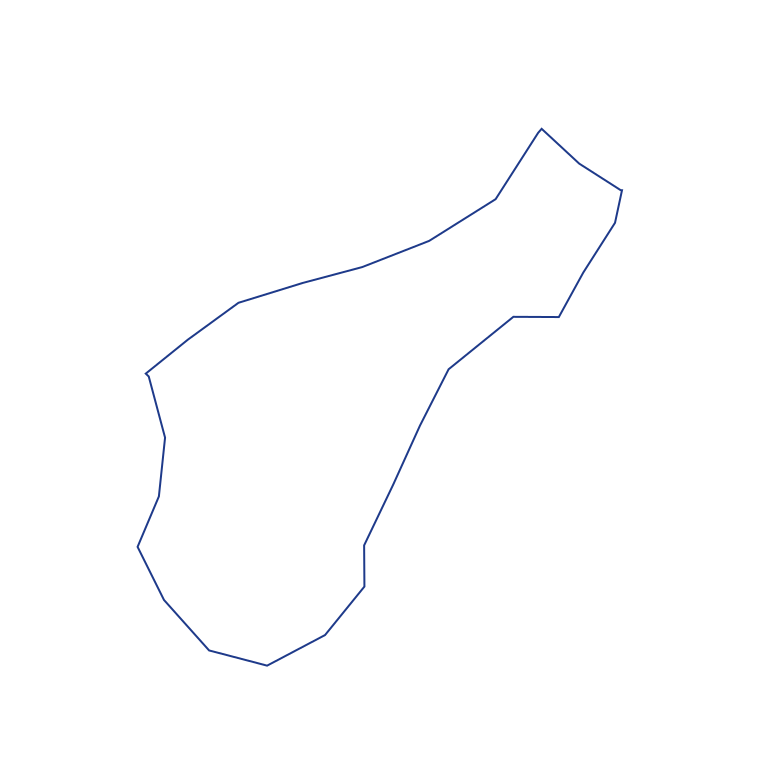 Sölvesborg, Blekinge, Sweden, rotated 51°
{"feature_id": "70781695B90758337491220", "entity_name": "Sölvesborg", "entity_type": "district", "adm_level": 2, "iso_a3": "SWE", "parent_name": "Sweden", "parent_adm1": "Blekinge", "projection": "orthographic", "projection_center": [14.651, 56.115], "detail": "fine", "context": "isolated", "style": "outline", "palette": "blue", "viewbox_px": 768, "rotation_deg": 51, "n_neighbors": 0, "source": "geoboundaries", "source_scale": "gbopen_adm2", "svg_char_len": 522}
<svg xmlns="http://www.w3.org/2000/svg" viewBox="0 0 768 768"><g transform="rotate(51 384 384)"><path d="M226.0,562.6L230.1,562.1L287.9,587.9L329.7,629.7L355.5,678.0L413.4,690.9L481.0,687.6L529.3,652.1L542.0,587.8L529.1,526.7L496.9,501.0L467.9,440.0L439.0,382.3L413.2,324.5L413.2,241.2L442.0,206.0L422.8,159.0L404.1,103.0L383.2,77.1L382.3,78.1L335.6,93.6L284.9,100.9L285.8,106.1L310.6,180.9L301.2,258.8L279.4,327.4L254.3,383.6L229.3,446.0L226.1,508.5L226.0,562.6Z" fill="none" stroke="#1e3a8a" stroke-width="2"/></g></svg>